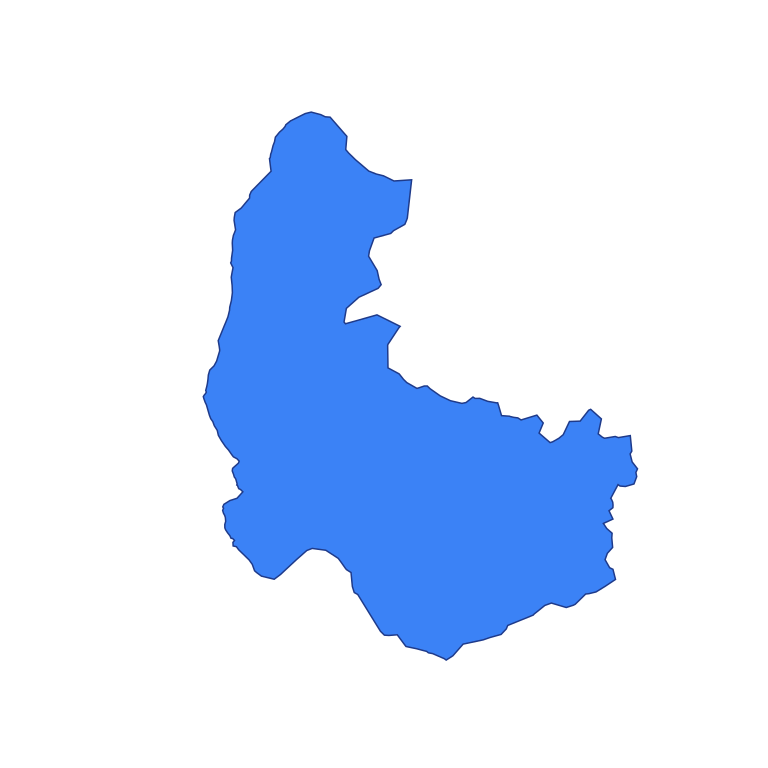 outline of Kanam, Plateau, Nigeria, rotated 246°
{"feature_id": "59680162B74099392913903", "entity_name": "Kanam", "entity_type": "district", "adm_level": 2, "iso_a3": "NGA", "parent_name": "Nigeria", "parent_adm1": "Plateau", "projection": "robinson", "projection_center": [10.139, 9.467], "detail": "fine", "context": "isolated", "style": "filled", "palette": "blue", "viewbox_px": 768, "rotation_deg": 246, "n_neighbors": 0, "source": "geoboundaries", "source_scale": "gbopen_adm2", "svg_char_len": 3663}
<svg xmlns="http://www.w3.org/2000/svg" viewBox="0 0 768 768"><g transform="rotate(246 384 384)"><path d="M250.3,204.3L252.1,212.1L254.4,218.7L259.2,232.7L263.3,245.8L263.0,251.5L255.8,263.2L243.3,271.3L238.3,272.4L231.2,273.8L229.7,274.2L225.2,277.2L211.8,272.7L210.0,272.5L205.6,272.0L202.4,274.4L170.4,278.7L159.5,280.2L154.4,282.2L152.3,286.2L149.5,294.1L138.3,296.6L135.3,297.3L134.1,298.9L128.9,306.1L125.0,310.9L122.4,314.2L121.4,314.7L120.4,315.2L117.9,318.8L108.5,327.4L106.5,328.5L107.7,336.4L114.2,350.5L109.9,370.6L109.3,377.7L107.6,389.1L110.5,396.1L113.1,398.8L112.2,426.4L112.8,427.6L116.3,440.9L115.8,447.8L105.7,459.6L104.9,466.9L105.0,469.1L110.1,482.8L109.1,486.0L107.8,493.1L109.2,503.6L111.3,516.0L121.6,517.8L124.4,515.4L133.6,514.5L138.5,519.2L141.7,526.4L150.8,529.5L154.9,531.7L161.4,528.7L167.4,527.7L167.5,538.2L176.7,538.0L177.9,542.8L180.3,544.0L183.0,544.9L186.5,544.9L187.3,544.6L196.9,556.9L194.8,558.1L192.2,562.8L191.0,571.7L196.6,577.2L200.7,578.1L203.4,581.1L211.9,579.0L220.0,580.4L221.9,583.1L236.7,588.0L239.7,576.3L242.0,573.9L244.7,563.5L246.5,561.9L251.3,559.4L263.7,568.4L276.8,562.5L276.8,560.3L270.3,548.1L274.3,538.2L264.8,527.1L263.3,521.7L262.6,514.6L262.9,511.9L276.1,505.7L283.6,513.6L293.4,511.0L295.4,494.6L298.6,492.5L300.8,488.9L303.1,485.9L303.5,485.6L307.3,478.5L317.6,479.9L320.6,480.2L320.9,479.3L326.0,471.7L331.9,465.7L333.8,461.3L335.9,460.0L333.7,451.4L334.6,447.3L341.7,437.9L350.2,430.6L360.9,424.2L364.6,422.7L365.8,419.9L366.3,414.3L366.6,412.3L376.0,405.4L380.3,403.7L387.0,402.0L397.1,394.2L417.9,403.1L418.6,403.7L429.2,420.3L430.1,422.2L450.0,405.7L454.7,373.3L456.9,372.7L468.4,380.4L473.5,396.4L473.8,417.6L475.9,421.8L481.6,422.1L490.4,423.9L507.0,421.9L511.6,424.9L521.4,434.3L518.8,451.4L520.2,455.1L521.4,468.0L524.5,471.3L526.1,472.8L559.3,492.3L565.4,475.7L574.4,468.2L579.0,462.3L584.7,456.7L600.4,449.2L609.5,445.6L613.7,444.4L625.3,450.8L649.7,443.3L652.0,439.0L655.8,435.8L662.0,428.1L663.1,422.0L662.4,405.7L660.8,399.8L659.5,398.4L658.0,395.4L656.6,391.0L653.7,385.2L649.7,382.4L646.9,379.6L641.5,375.4L640.1,374.0L637.0,372.1L636.6,371.1L627.1,368.2L624.3,367.4L617.4,349.9L613.9,341.0L613.3,340.4L611.2,338.1L608.5,336.8L605.7,331.0L604.0,327.6L602.8,325.1L601.2,317.8L597.1,315.0L594.5,313.6L585.2,311.1L582.7,308.6L581.1,306.9L577.1,304.1L574.4,302.7L567.7,300.1L561.0,295.9L558.3,294.6L557.0,293.2L553.7,293.3L551.7,293.4L547.7,290.6L543.7,287.9L539.7,286.6L535.7,285.3L529.0,282.6L522.3,278.5L516.9,274.3L514.2,272.9L510.7,270.2L508.8,268.7L504.8,264.6L504.7,264.5L502.0,261.6L499.3,258.8L492.3,251.5L491.7,250.9L491.1,250.2L485.2,248.7L481.8,247.7L480.8,247.1L473.0,240.4L469.7,236.1L468.5,232.9L467.6,230.5L463.7,227.2L459.9,225.1L456.2,222.8L453.7,221.0L450.6,218.5L448.9,218.4L447.8,217.0L447.2,215.6L446.0,213.8L443.9,213.5L439.9,213.2L437.2,213.3L431.5,212.5L426.5,211.8L422.8,211.6L419.3,212.3L414.9,212.0L409.5,212.8L404.5,211.8L398.6,212.4L391.4,213.7L387.0,215.1L381.2,216.2L378.7,216.8L375.5,219.3L372.4,220.3L370.9,218.8L369.1,213.1L368.5,211.4L367.3,210.6L366.3,210.0L364.2,209.9L362.5,209.8L359.9,209.4L358.5,209.8L357.3,209.9L352.5,209.2L351.6,208.4L351.0,208.9L349.5,208.8L348.4,208.7L347.3,208.8L346.8,209.4L345.3,210.3L342.9,211.2L339.7,203.9L339.4,203.2L340.2,195.8L339.2,188.8L337.3,186.7L335.8,186.9L334.2,185.2L331.3,184.8L328.8,185.0L327.8,184.9L326.7,184.8L322.9,183.5L320.4,181.4L317.3,180.1L315.3,180.0L311.6,180.6L308.1,181.5L305.3,181.5L304.4,182.9L301.9,183.8L300.8,181.6L297.4,180.3L295.4,183.0L291.7,183.8L278.2,189.2L272.8,190.3L266.0,189.8L263.6,190.9L258.3,193.9L250.3,204.3Z" fill="#3b82f6" stroke="#1e3a8a" stroke-width="1.5"/></g></svg>